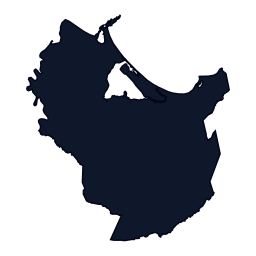 Tela, Atlántida, Honduras (Robinson projection)
{"feature_id": "27666195B55788691524887", "entity_name": "Tela", "entity_type": "district", "adm_level": 2, "iso_a3": "HND", "parent_name": "Honduras", "parent_adm1": "Atlántida", "projection": "robinson", "projection_center": [-87.586, 15.716], "detail": "fine", "context": "isolated", "style": "filled", "palette": "ink", "viewbox_px": 256, "rotation_deg": 0, "n_neighbors": 0, "source": "geoboundaries", "source_scale": "gbopen_adm2", "svg_char_len": 5668}
<svg xmlns="http://www.w3.org/2000/svg" viewBox="0 0 256 256"><path d="M222.2,68.4L221.7,68.2L219.9,69.2L217.7,72.8L216.3,74.0L213.4,75.4L208.3,76.2L199.3,76.4L199.1,76.9L199.7,78.3L199.4,80.0L198.4,82.2L196.2,84.3L197.3,84.8L197.9,85.8L198.2,85.1L199.9,84.3L200.4,83.3L200.1,83.0L200.9,82.5L200.8,81.4L201.9,80.7L202.8,81.5L202.4,84.4L200.5,87.5L199.3,87.5L197.8,86.6L197.2,85.2L196.0,84.6L192.9,89.8L188.7,93.0L184.2,94.1L178.6,94.0L172.8,93.1L168.5,91.9L158.2,87.1L157.5,87.1L156.8,86.2L153.8,84.8L147.1,80.2L135.6,69.8L126.2,60.2L125.9,60.5L126.2,61.0L130.4,65.2L130.7,66.4L131.3,66.4L131.2,66.9L131.9,66.8L131.8,67.3L132.5,67.4L134.1,69.1L133.6,69.5L134.4,69.5L135.2,70.5L135.7,70.3L137.1,71.8L138.1,74.6L138.7,74.9L138.3,75.9L137.3,75.0L135.9,75.2L136.3,74.5L133.5,71.6L133.6,72.1L132.1,72.3L131.3,71.5L129.4,71.2L128.6,69.8L128.9,69.4L128.7,67.8L128.1,66.7L126.9,65.8L126.7,64.4L125.9,63.9L125.1,64.1L122.3,66.2L120.4,68.9L120.4,69.6L123.4,72.9L124.9,74.0L126.3,74.2L133.4,81.8L135.9,85.5L142.1,92.4L144.3,96.3L145.8,97.4L149.0,96.7L152.2,99.3L156.2,100.8L161.3,101.5L164.9,100.4L165.3,99.9L165.6,97.9L164.7,95.7L163.6,95.4L163.4,95.8L164.2,96.0L162.9,96.2L163.1,95.5L162.1,95.7L160.9,95.1L156.3,90.2L156.2,88.3L157.0,87.6L157.9,87.5L157.4,89.2L158.3,90.9L161.8,94.3L165.3,95.7L166.0,96.4L166.3,97.9L165.5,99.5L165.6,100.7L163.6,101.9L161.0,102.5L155.2,101.7L155.0,102.4L154.8,101.6L150.2,99.6L148.7,98.3L146.3,99.2L144.1,98.8L142.8,99.7L140.8,99.4L139.7,100.2L134.0,99.2L131.7,99.8L129.7,99.4L129.4,99.0L128.3,99.4L128.6,97.8L126.4,96.9L126.2,95.5L126.5,93.5L126.2,92.4L125.3,91.4L124.6,91.7L124.2,92.6L124.5,94.6L123.4,95.6L124.4,95.3L124.6,96.2L123.9,95.9L123.9,96.4L122.9,96.5L122.0,96.0L119.5,97.0L117.2,96.2L115.7,96.5L114.5,95.6L114.0,96.2L112.8,95.7L112.2,96.0L111.6,97.8L110.7,98.6L109.4,99.1L106.1,99.4L106.9,101.5L105.5,99.1L103.9,98.6L103.5,97.6L104.1,96.7L103.9,94.9L105.0,92.2L107.1,89.3L108.6,85.8L108.6,84.7L106.6,79.3L107.4,75.0L110.2,71.6L111.0,69.3L113.0,67.6L113.1,66.5L114.3,64.8L115.1,61.0L115.3,63.1L116.5,62.6L119.4,62.8L124.2,60.5L124.0,59.8L123.0,58.9L120.8,54.4L125.5,60.4L126.0,59.7L123.9,57.7L119.8,52.6L113.3,43.6L109.6,35.9L107.6,29.5L107.3,26.9L107.6,26.2L108.7,26.1L109.6,25.3L110.7,25.8L111.8,25.3L111.9,24.1L116.0,21.2L116.4,19.6L118.6,18.8L119.9,17.0L120.2,15.6L119.9,15.4L119.4,16.2L117.7,17.4L116.7,17.1L116.0,18.4L114.5,18.7L113.4,20.0L111.8,20.0L111.6,19.2L111.0,19.3L110.8,20.1L109.8,20.8L110.4,21.1L110.5,21.8L109.7,22.4L109.7,23.1L108.1,23.2L108.9,21.4L108.3,21.1L106.6,23.8L105.2,24.7L106.5,25.3L106.2,26.7L105.3,27.7L104.0,27.8L102.7,27.1L102.8,26.5L103.7,25.7L103.5,25.2L102.4,25.6L100.1,27.4L99.6,28.7L100.3,29.1L100.0,30.5L98.8,31.6L98.8,32.4L100.3,31.5L102.0,27.2L102.1,29.4L102.6,30.2L103.0,30.2L103.5,30.8L104.1,32.6L103.2,34.2L104.1,34.7L104.7,35.5L104.3,36.8L104.7,38.6L104.8,42.5L102.9,43.6L101.3,43.9L97.8,42.0L96.3,39.3L97.5,38.0L98.9,33.3L98.0,33.2L97.5,33.8L96.5,34.1L95.5,35.2L95.2,36.5L90.2,34.9L83.7,31.4L68.9,21.2L65.4,19.7L62.1,22.7L60.6,26.9L60.5,30.5L59.5,33.7L61.2,37.4L60.2,42.0L58.7,43.0L52.6,44.2L51.8,43.8L51.3,42.8L51.4,41.8L52.4,41.4L52.3,41.0L51.6,41.1L49.8,44.6L45.5,49.6L41.9,52.0L40.6,53.5L39.9,55.5L40.1,57.0L42.9,58.9L43.7,60.6L43.6,61.2L41.6,61.1L40.7,62.1L40.9,65.8L40.1,69.9L41.9,72.8L41.1,73.6L39.7,73.4L36.5,69.7L35.6,69.2L34.9,69.6L34.2,70.5L34.2,71.4L37.2,76.6L37.1,79.0L36.1,80.3L34.7,80.7L30.9,77.5L29.1,77.8L28.5,79.2L30.3,82.6L30.5,85.4L29.9,86.1L27.3,87.0L26.8,89.0L27.4,90.2L28.5,90.7L32.4,89.3L32.9,92.3L36.3,96.1L36.5,98.1L33.8,104.1L34.5,105.5L35.5,105.5L36.4,104.6L37.1,99.3L39.1,97.2L40.2,98.1L41.0,101.2L44.2,104.8L44.3,106.7L43.4,109.3L43.4,110.8L44.1,112.5L47.8,117.1L48.3,119.3L47.9,119.9L46.9,120.2L44.0,119.1L41.1,118.9L39.7,119.4L38.6,120.5L38.7,122.3L40.3,125.4L40.6,127.0L40.1,129.3L38.9,130.7L40.3,132.3L40.7,134.0L42.1,134.9L44.8,134.8L45.8,135.6L47.8,135.0L51.0,136.5L51.4,137.1L52.3,136.9L52.8,138.6L54.7,139.0L55.1,140.1L54.8,141.2L55.6,141.5L55.3,142.3L57.6,145.7L58.1,145.8L58.8,145.2L59.5,147.1L60.5,146.4L61.5,147.0L62.8,148.4L62.4,148.9L62.7,149.6L64.1,150.0L65.8,152.1L67.9,152.9L70.0,152.4L71.5,152.7L71.9,153.4L71.6,154.9L73.2,155.1L77.3,160.0L78.4,162.4L79.7,162.7L79.9,164.1L83.0,165.5L82.4,182.4L85.0,188.7L83.4,190.4L83.4,194.2L86.6,200.9L89.1,202.2L90.1,202.0L91.4,203.1L92.3,203.0L99.3,204.3L101.4,204.1L103.1,206.2L105.4,206.4L107.1,208.1L108.4,208.2L110.8,211.5L110.5,212.9L110.8,213.6L112.5,214.1L115.6,214.0L118.2,214.5L119.4,215.4L121.6,215.3L110.6,239.6L113.9,240.2L121.2,240.2L124.5,240.6L132.7,239.3L133.9,239.6L134.8,239.0L135.2,238.0L136.4,238.5L139.1,238.3L138.8,237.2L143.8,235.5L145.0,236.6L146.0,236.9L147.8,235.8L148.7,234.3L155.2,232.3L158.0,233.6L159.4,236.3L160.6,237.0L160.9,236.8L160.5,235.4L162.2,234.9L162.8,234.1L165.8,234.1L167.4,233.5L168.3,232.4L170.3,232.5L171.1,231.0L172.4,230.1L172.7,228.7L177.0,224.0L178.0,223.8L179.0,222.4L180.8,222.3L182.9,220.9L185.0,220.9L185.0,219.6L187.1,218.3L188.3,216.0L190.3,217.1L191.4,215.8L192.2,215.6L193.7,213.4L195.0,213.2L197.0,211.6L198.7,211.2L199.1,210.5L198.7,209.6L200.5,207.3L202.4,206.3L205.0,202.2L205.7,200.1L207.1,198.7L208.4,199.8L209.1,199.8L210.6,198.0L211.0,196.2L212.7,195.4L213.3,194.7L213.9,192.6L213.2,192.2L212.8,191.3L209.8,181.5L220.1,153.8L215.3,130.9L213.2,133.3L211.6,137.8L207.7,140.2L206.1,135.9L206.2,134.5L202.9,120.3L208.0,115.0L211.9,112.9L213.9,108.6L214.4,106.0L215.5,105.2L215.4,103.2L216.4,103.1L217.2,102.0L217.2,101.2L217.9,101.3L220.4,100.1L221.3,100.2L222.7,99.2L223.0,98.5L222.7,96.2L223.3,95.4L223.0,94.6L227.9,91.3L229.2,89.8L225.9,73.5L222.9,71.2L222.2,70.1L222.2,68.4Z" fill="#0f172a" stroke="#020617" stroke-width="1.5"/></svg>